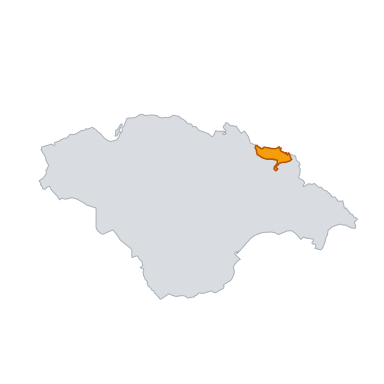 Ilam highlighted on a map of Iran, rotated 146°
{"feature_id": "IRN-3221", "entity_name": "Ilam", "entity_type": "Province", "adm_level": 1, "iso_a3": "IRN", "parent_name": "Iran", "parent_adm1": "", "projection": "equal_earth", "projection_center": [46.793, 33.074], "detail": "fine", "context": "in_parent", "style": "filled", "palette": "amber", "viewbox_px": 384, "rotation_deg": 146, "n_neighbors": 0, "source": "natural_earth", "source_scale": "10m", "svg_char_len": 5927}
<svg xmlns="http://www.w3.org/2000/svg" viewBox="0 0 384 384"><g transform="rotate(146 192 192)"><path d="M189.7,109.2L193.0,109.4L199.1,107.2L199.7,106.7L201.4,102.3L203.4,100.3L207.0,97.9L209.4,97.1L217.8,97.4L218.3,95.7L219.7,94.7L228.8,95.3L230.3,96.6L230.9,99.1L238.6,101.4L240.2,102.2L242.2,104.0L243.7,104.5L245.7,103.7L246.9,104.3L248.9,103.8L254.9,106.5L255.9,109.4L257.0,110.7L258.4,111.8L263.2,114.1L264.6,115.3L268.3,120.6L277.8,120.5L278.5,121.6L278.5,123.9L279.5,129.2L278.9,131.2L280.2,133.0L280.2,136.4L280.9,138.7L280.0,142.0L278.9,142.7L279.7,145.6L278.9,148.4L279.1,149.4L277.7,151.8L277.7,152.7L275.0,155.0L277.2,158.2L274.2,158.4L272.4,161.9L273.2,166.0L272.8,168.2L273.1,169.4L274.0,170.2L278.1,171.0L278.3,171.6L274.2,177.6L274.5,180.0L278.3,192.3L278.1,198.5L278.8,204.9L289.4,206.8L290.7,208.4L291.7,211.9L291.8,214.6L291.5,216.0L280.5,232.3L286.9,240.5L287.2,242.3L291.2,250.3L294.8,254.4L300.8,256.7L303.6,259.7L306.1,259.6L306.0,263.7L307.4,272.3L306.8,276.2L308.9,277.0L312.1,276.4L313.3,277.2L314.0,278.6L313.2,279.4L313.5,282.8L312.7,283.5L312.5,286.7L307.8,286.8L303.4,288.3L301.8,289.5L301.0,291.7L299.5,291.5L299.1,292.4L296.0,294.0L295.2,300.6L294.0,302.1L293.5,311.6L292.8,311.7L291.3,313.3L281.6,310.2L280.5,307.9L279.5,307.5L278.2,309.7L273.3,308.4L271.7,308.8L270.6,308.2L268.0,308.1L265.9,306.8L260.7,307.9L257.4,305.5L254.0,304.9L249.7,304.9L246.3,303.2L244.5,303.8L243.6,302.6L238.5,301.4L236.7,297.2L236.6,295.1L235.2,291.5L234.7,286.2L233.4,282.4L231.1,279.2L225.3,277.3L222.2,278.3L220.0,280.1L216.3,281.1L213.6,284.7L211.9,284.4L205.2,289.2L203.7,289.1L198.5,285.9L196.2,285.3L191.6,285.4L189.0,283.3L188.3,281.7L182.2,278.3L178.5,275.2L177.3,272.3L175.6,270.2L172.0,268.5L169.9,266.7L164.3,266.0L160.2,261.5L160.2,260.0L157.8,255.0L157.4,251.4L156.8,250.5L154.8,249.0L154.5,248.0L154.9,245.7L152.4,244.3L152.0,243.2L152.0,239.7L145.8,231.2L144.5,226.6L143.4,226.4L138.0,229.4L136.5,227.7L131.7,224.8L131.0,223.6L132.2,223.1L133.4,223.6L134.1,223.0L133.8,222.0L132.6,221.4L131.0,221.4L131.5,222.3L130.0,223.2L129.6,224.4L130.0,227.9L129.4,228.9L126.9,229.4L125.3,230.5L123.9,229.3L123.5,226.7L122.6,225.1L121.3,224.5L120.3,222.9L118.6,222.1L118.5,213.3L114.4,213.1L114.3,206.5L116.2,199.9L112.2,194.0L110.4,189.4L109.4,188.6L107.3,188.7L100.5,182.7L98.1,181.1L94.8,180.6L94.4,178.5L95.2,176.1L93.6,173.1L93.2,172.2L91.8,171.8L91.9,169.9L90.2,170.0L86.9,164.7L86.0,163.9L87.8,159.9L86.5,156.6L87.3,153.9L89.0,154.1L89.5,150.4L92.5,146.6L95.1,145.0L95.4,143.9L94.9,141.9L93.2,139.3L93.4,137.2L94.0,136.1L96.7,135.0L96.9,134.5L95.6,133.8L90.8,133.7L88.2,131.2L85.7,130.6L84.3,125.1L83.9,124.4L82.7,124.2L82.0,123.2L81.6,119.6L79.9,117.9L78.6,112.6L78.5,111.2L79.0,110.1L76.3,107.7L76.0,104.2L76.5,103.3L73.5,100.8L72.1,100.6L72.0,100.2L74.1,94.7L75.0,93.4L73.1,92.6L73.2,89.8L72.7,87.6L72.9,85.4L71.7,83.9L71.4,82.9L71.8,80.5L70.7,79.4L70.0,76.9L74.4,76.2L75.3,72.3L76.8,70.7L79.6,72.6L83.4,78.8L85.7,80.6L87.4,82.7L95.7,84.9L97.5,84.2L100.4,84.3L103.9,80.5L105.6,80.0L109.8,76.1L115.0,72.6L117.6,72.0L121.6,76.5L119.3,77.9L119.0,79.0L119.2,80.1L121.0,81.3L121.2,82.5L120.6,83.2L118.3,83.9L117.7,85.1L120.2,87.2L121.5,88.9L122.8,89.4L124.9,92.2L128.3,91.8L129.0,98.5L130.9,104.0L134.5,106.4L143.7,108.2L144.8,109.3L146.3,112.3L148.7,114.5L155.9,118.9L163.8,120.9L169.0,120.8L188.1,115.8L189.9,115.8L187.1,117.1L188.2,117.6L190.6,117.6L191.2,117.1L191.2,116.3L189.7,109.2ZM223.2,282.1L222.1,284.1L220.4,285.9L219.0,285.3L213.6,287.9L212.2,287.7L212.0,286.9L217.9,284.0L218.1,283.2L217.7,281.6L219.7,282.3L221.8,281.0L223.5,280.7L224.4,281.6L223.2,282.1Z" fill="#d9dde1" stroke="#a8b0b8" stroke-width="1"/><path d="M90.1,170.3L90.0,170.2L90.0,169.6L90.3,169.2L90.5,166.8L91.0,165.2L91.2,164.1L91.0,163.5L91.2,163.2L92.0,163.2L93.9,163.0L95.7,163.8L96.7,163.9L97.7,164.1L98.5,164.7L99.5,165.6L102.6,166.7L104.0,166.8L106.1,166.2L108.0,166.3L108.3,165.8L108.5,164.7L108.3,164.3L108.0,163.7L108.0,163.2L109.9,162.7L110.4,162.8L110.6,162.8L110.7,163.1L111.0,163.8L111.1,164.6L111.1,165.1L110.9,165.5L110.6,165.8L109.9,166.4L109.7,166.7L105.3,168.1L104.6,168.9L104.3,169.6L104.1,169.7L103.9,169.8L103.8,170.0L103.6,170.7L103.7,170.8L103.9,170.9L104.1,171.5L104.5,171.7L104.8,172.1L105.1,172.2L105.8,172.7L105.9,172.8L106.0,172.9L105.9,173.1L105.8,173.4L105.8,173.5L106.0,173.7L106.2,173.9L106.4,174.0L106.9,174.2L106.9,174.3L107.0,174.4L107.3,174.3L107.5,174.4L108.1,175.0L108.3,175.1L108.3,175.3L108.5,175.6L108.8,175.8L109.4,175.9L110.9,176.8L111.0,176.9L111.1,177.1L111.3,177.2L111.6,177.3L111.9,177.7L112.1,178.2L112.3,178.4L112.5,178.5L113.1,179.1L114.6,181.2L116.6,185.9L116.8,186.3L117.0,186.5L115.9,189.5L115.0,190.9L115.0,191.8L115.1,192.8L114.7,193.6L113.4,194.6L113.1,194.8L113.0,194.7L112.8,194.6L112.6,194.6L112.5,194.4L112.4,194.3L112.2,194.1L111.9,194.0L111.9,193.9L112.0,193.6L112.1,193.3L112.1,193.2L112.2,192.9L112.1,192.7L111.9,192.5L111.8,192.3L111.7,192.2L111.4,191.8L111.3,191.7L110.9,191.2L110.7,190.9L110.8,190.7L110.9,190.4L111.0,190.3L111.0,190.2L110.9,189.9L110.6,189.6L110.4,189.3L110.2,189.1L110.1,188.9L109.8,188.7L109.1,188.4L108.9,188.4L108.4,188.8L108.1,188.9L107.7,188.9L107.3,188.8L106.9,188.6L106.5,188.3L102.8,184.6L102.3,183.9L101.5,183.4L100.9,182.9L99.7,182.1L99.3,181.7L98.1,181.0L96.8,180.6L95.3,180.8L94.6,180.7L94.3,180.0L94.5,179.8L94.7,179.6L94.9,179.4L94.9,179.1L94.9,178.9L94.7,178.7L93.9,178.5L93.7,178.4L93.8,178.2L94.0,178.0L94.3,178.0L94.5,178.0L95.0,177.7L95.3,177.4L95.5,177.1L95.5,176.9L95.4,176.7L95.4,176.4L95.4,176.1L95.4,175.9L95.3,175.6L95.1,175.4L94.7,175.1L94.3,174.3L93.8,173.8L93.8,173.6L93.8,173.3L93.7,173.0L93.6,172.7L93.5,172.4L93.1,171.8L93.0,171.7L92.9,171.7L92.8,171.8L92.5,172.0L92.2,172.1L91.8,172.0L91.6,171.8L91.8,171.5L92.4,171.1L92.5,170.8L92.4,170.5L92.2,170.3L91.9,170.0L92.0,169.5L91.7,169.6L91.1,169.6L90.9,169.7L90.5,170.1L90.3,170.2L90.1,170.3Z" fill="#f59e0b" stroke="#b45309" stroke-width="1.5"/></g></svg>